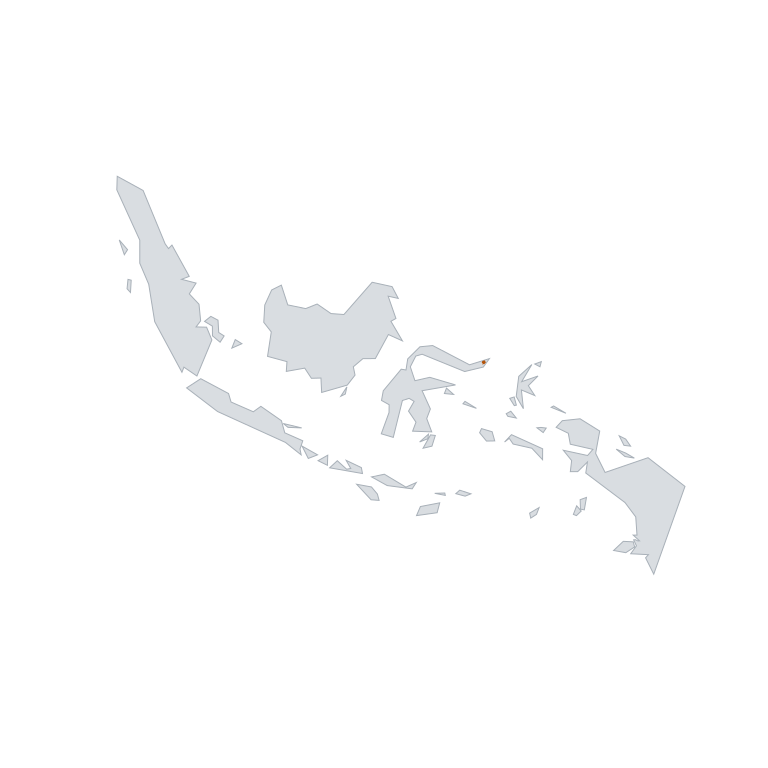 Kota Tomohon, Sulawesi Utara, Indonesia shown in context, rotated 18°
{"feature_id": "22746128B12552284418793", "entity_name": "Kota Tomohon", "entity_type": "district", "adm_level": 2, "iso_a3": "IDN", "parent_name": "Indonesia", "parent_adm1": "Sulawesi Utara", "projection": "orthographic", "projection_center": [124.821, 1.329], "detail": "fine", "context": "in_parent", "style": "filled", "palette": "amber", "viewbox_px": 768, "rotation_deg": 18, "n_neighbors": 0, "source": "geoboundaries", "source_scale": "gbopen_adm2", "svg_char_len": 4316}
<svg xmlns="http://www.w3.org/2000/svg" viewBox="0 0 768 768"><g transform="rotate(18 384 384)"><path d="M255.8,321.7L268.0,338.5L286.2,336.5L295.7,328.6L311.8,333.4L324.4,330.3L341.3,290.9L361.6,288.9L371.1,298.2L360.8,299.2L375.1,318.0L371.2,322.2L388.2,337.3L372.9,335.6L367.9,362.5L356.1,366.4L349.5,377.1L353.7,384.5L349.4,396.4L327.3,411.3L322.2,397.8L313.2,401.0L303.7,393.4L287.2,402.2L284.8,392.7L264.7,393.7L260.7,369.3L250.6,362.5L246.2,345.7L248.1,329.3L255.8,321.7ZM66.1,268.9L95.1,274.4L132.5,318.3L137.2,321.8L139.4,317.4L165.5,341.8L159.1,347.0L174.1,346.1L171.0,358.5L183.4,365.3L190.1,380.6L187.6,387.8L197.7,384.8L206.7,395.3L203.6,434.2L188.5,429.8L188.2,435.3L146.7,395.6L129.4,361.8L114.4,344.6L107.3,322.7L69.9,281.9L66.1,268.9ZM701.9,388.4L699.3,481.5L686.5,468.5L688.2,464.6L671.1,469.2L674.1,459.9L669.6,455.1L671.2,454.4L673.9,454.8L675.5,454.2L667.7,450.7L671.3,449.5L664.5,432.6L649.9,422.3L603.4,406.3L601.6,395.3L595.3,407.5L588.3,409.8L586.1,398.8L575.0,391.6L599.7,389.1L602.9,381.6L579.8,383.7L574.5,373.9L561.1,372.0L564.9,363.8L581.2,356.5L603.7,362.1L606.7,384.6L621.6,399.8L657.9,372.5L701.9,388.4ZM473.2,337.2L456.9,347.2L411.1,343.9L405.6,347.6L403.7,359.5L412.4,371.3L425.5,363.5L452.3,362.8L422.3,378.6L435.8,393.4L435.3,403.7L444.2,414.8L425.8,420.0L426.2,410.4L415.7,402.2L418.0,391.2L412.3,389.9L406.6,394.0L409.3,431.9L396.8,432.2L397.6,409.6L395.3,402.1L386.7,400.4L385.4,390.7L395.8,364.6L400.6,363.9L398.8,352.8L406.7,337.5L418.4,332.4L459.4,339.3L476.4,327.3L473.2,337.2ZM208.1,435.6L239.1,441.1L244.1,448.4L268.3,450.8L273.8,443.3L297.8,450.6L304.7,461.1L324.3,463.1L324.2,471.8L327.1,477.0L308.3,470.0L234.2,461.6L197.5,448.7L208.1,435.6ZM514.2,339.3L528.0,328.8L521.8,341.0L531.0,348.4L516.5,347.2L524.2,364.4L513.6,355.0L509.8,335.1L518.6,319.8L514.2,339.3ZM520.9,392.8L554.9,396.6L558.2,407.0L544.5,399.4L525.4,401.2L519.9,397.0L516.6,401.9L520.9,392.8ZM443.2,475.0L418.4,479.6L400.9,476.2L412.2,469.7L436.7,475.3L445.1,467.8L443.2,475.0ZM371.6,468.3L388.3,470.5L391.2,475.8L358.2,480.5L363.3,471.4L374.8,476.6L378.5,474.6L371.6,468.3ZM473.7,479.8L474.3,490.0L455.6,499.1L456.5,489.3L473.7,479.8ZM206.4,374.6L210.9,386.1L217.1,387.7L215.2,394.9L206.0,391.2L202.9,382.0L194.0,379.9L198.4,373.2L206.4,374.6ZM666.1,469.7L653.8,471.4L660.2,459.7L669.8,457.1L672.7,461.5L666.1,469.7ZM403.9,485.8L411.7,490.7L415.3,496.2L407.5,498.1L389.0,487.8L403.9,485.8ZM501.6,396.0L506.9,403.9L499.1,406.6L490.0,400.8L490.5,396.3L501.6,396.0ZM325.3,468.4L342.7,471.9L335.0,478.2L325.3,468.4ZM352.5,469.1L355.3,478.8L345.0,477.3L352.5,469.1ZM236.4,389.6L228.2,396.9L228.8,387.7L236.4,389.6ZM611.6,429.3L613.4,441.8L609.5,442.3L606.3,433.4L611.6,429.3ZM319.3,451.2L306.1,454.9L300.4,452.7L319.3,451.2ZM448.7,417.1L448.8,428.3L441.0,433.0L444.0,418.0L448.7,417.1ZM87.7,328.8L98.6,335.5L97.1,341.3L87.7,328.8ZM114.6,375.3L110.2,372.8L108.2,363.6L111.5,363.4L114.6,375.3ZM565.0,466.2L562.4,461.8L569.7,453.6L569.3,460.9L565.0,466.2ZM552.1,352.5L566.1,355.6L550.2,354.5L552.1,352.5ZM466.4,375.5L479.4,378.6L465.2,378.4L466.4,375.5ZM442.6,422.5L435.8,428.1L441.8,418.0L442.6,422.5ZM623.7,360.6L630.9,361.7L637.7,366.9L631.2,368.2L623.7,360.6ZM500.6,461.6L495.8,465.6L486.2,466.1L488.8,461.6L500.6,461.6ZM610.8,443.9L607.7,449.7L604.4,449.5L604.9,440.3L610.8,443.9ZM520.3,375.5L511.8,376.5L509.4,374.5L513.0,370.7L520.3,375.5ZM625.0,374.2L635.2,375.0L645.0,377.1L635.6,378.5L625.0,374.2ZM444.7,368.6L453.4,372.4L444.4,374.4L444.7,368.6ZM527.0,319.4L521.2,318.4L526.7,314.1L527.0,319.4ZM466.0,472.3L475.5,468.9L476.7,471.0L466.0,472.3ZM551.9,375.8L550.4,381.0L543.0,378.4L546.7,376.8L551.9,375.8ZM350.3,405.5L346.7,409.0L349.6,398.2L350.3,405.5ZM511.8,356.1L516.4,363.2L514.6,364.3L508.0,358.8L511.8,356.1Z" fill="#d9dde1" stroke="#a8b0b8" stroke-width="1"/><path d="M472.4,331.3L472.2,331.3L472.1,331.5L472.1,331.8L472.0,332.0L471.9,332.0L471.8,331.9L471.7,331.9L471.5,332.0L471.4,332.1L471.2,332.2L471.2,332.3L471.1,332.5L471.1,332.8L471.1,333.0L471.3,333.1L471.5,333.0L471.8,333.1L472.0,333.1L472.2,333.3L472.3,333.4L472.3,333.5L472.4,333.4L472.5,333.4L472.8,333.3L472.8,333.2L472.8,332.9L473.0,332.7L473.1,332.4L473.2,332.2L473.3,332.1L473.2,332.0L472.9,332.1L472.8,331.9L472.7,331.9L472.6,331.7L472.5,331.4L472.4,331.3Z" fill="#f59e0b" stroke="#b45309" stroke-width="1.5"/></g></svg>